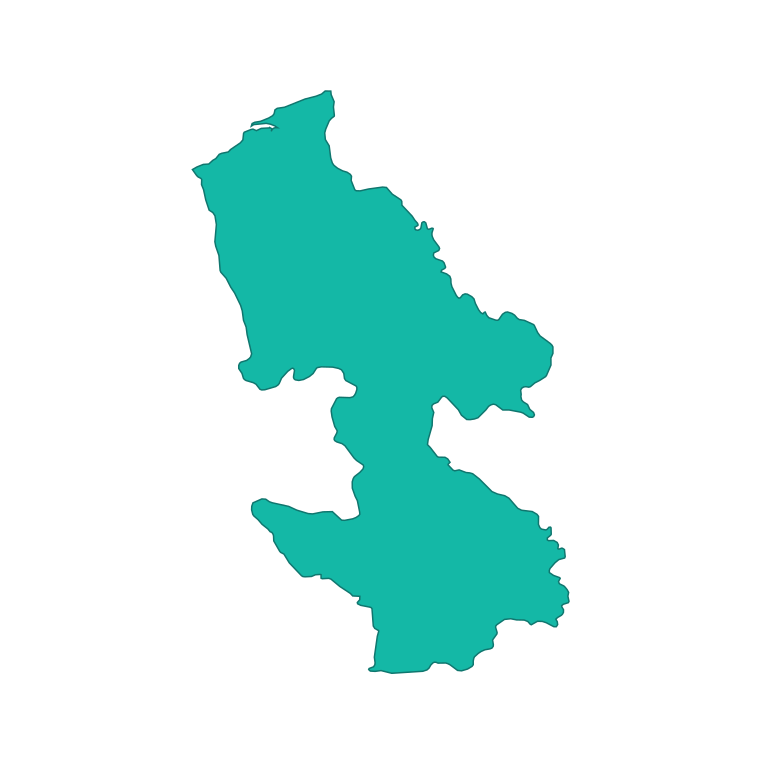 the border of Paraíba, rotated 248°
{"feature_id": "BRA-626", "entity_name": "Paraíba", "entity_type": "State", "adm_level": 1, "iso_a3": "BRA", "parent_name": "Brazil", "parent_adm1": "", "projection": "orthographic", "projection_center": [-36.992, -7.153], "detail": "fine", "context": "isolated", "style": "filled", "palette": "teal", "viewbox_px": 768, "rotation_deg": 248, "n_neighbors": 0, "source": "natural_earth", "source_scale": "10m", "svg_char_len": 6140}
<svg xmlns="http://www.w3.org/2000/svg" viewBox="0 0 768 768"><g transform="rotate(248 384 384)"><path d="M654.6,286.7L655.3,291.8L655.3,298.7L653.6,303.9L655.5,309.0L656.0,312.5L658.7,317.3L658.7,320.0L657.5,326.4L658.7,329.6L658.7,328.7L661.4,341.1L663.2,344.6L669.0,347.7L669.8,348.8L669.8,356.0L669.4,358.0L666.7,360.6L667.0,365.9L664.3,373.9L664.6,374.1L662.6,375.7L660.5,374.1L661.9,375.6L662.5,377.3L662.4,379.3L661.5,381.3L664.3,379.4L667.4,376.1L669.8,372.4L673.3,360.4L672.8,357.6L674.9,359.3L675.1,362.2L673.8,367.9L673.8,376.7L674.5,381.3L675.8,383.4L679.0,385.6L679.6,388.3L677.9,395.4L677.8,417.6L676.3,428.7L676.2,434.7L677.7,439.2L675.5,444.4L672.1,443.4L664.4,443.5L659.8,440.9L651.7,438.6L650.9,438.1L650.0,434.9L648.5,431.8L642.2,425.5L639.0,423.1L632.6,421.2L625.4,422.4L613.6,419.3L608.2,418.9L605.5,419.5L601.4,421.8L597.1,425.5L594.2,429.1L591.0,431.3L588.8,431.7L585.0,429.8L575.0,429.7L573.6,430.6L572.0,434.2L570.6,442.7L567.1,456.5L565.3,459.9L556.9,462.8L548.3,468.7L546.7,468.9L543.0,467.6L529.1,473.0L524.1,474.0L520.5,475.3L518.9,475.2L518.3,474.8L517.9,471.3L515.9,470.8L515.1,471.1L513.8,473.1L514.0,475.5L514.9,476.7L519.3,479.5L519.7,481.1L519.2,482.3L517.7,483.1L511.7,482.4L510.6,483.5L510.6,486.6L510.1,487.6L509.5,487.8L506.2,485.1L504.0,484.2L502.1,484.0L499.0,484.1L490.6,486.3L488.8,486.3L487.3,484.8L486.9,479.3L484.9,478.0L483.0,477.9L480.7,479.0L476.1,484.3L473.9,485.1L469.3,484.9L468.4,483.7L468.0,480.2L466.6,478.9L462.6,483.3L459.2,485.4L456.3,485.3L452.4,483.9L448.8,483.4L439.0,484.2L436.8,484.8L435.5,485.6L435.4,487.1L437.2,490.4L437.2,492.9L436.1,494.9L432.1,498.1L429.2,499.3L424.5,498.9L417.5,499.5L414.0,500.4L412.0,502.0L412.9,503.9L412.8,504.8L409.1,505.0L406.2,506.0L401.3,511.6L400.6,513.0L400.6,514.4L404.3,520.0L405.0,523.3L404.5,525.5L401.5,529.1L398.9,530.9L395.1,532.2L393.1,533.5L390.4,538.0L383.1,544.9L382.1,545.3L374.2,545.7L370.1,546.7L359.2,553.4L357.0,554.3L355.1,554.5L349.1,552.1L345.6,548.5L339.0,545.9L331.1,537.9L330.3,536.6L329.0,529.7L328.5,524.2L326.7,518.8L326.8,517.1L328.4,514.5L328.9,512.4L328.5,510.1L327.1,508.4L323.0,507.3L321.0,506.2L317.5,505.6L315.2,506.5L311.2,509.4L305.8,509.7L301.6,512.0L299.0,511.9L297.7,510.5L297.6,509.0L298.9,506.2L304.8,502.2L306.6,500.3L313.1,490.2L315.4,484.4L323.0,479.8L324.4,477.8L324.6,475.1L324.1,472.6L321.8,468.7L317.5,458.5L317.7,454.8L318.7,450.5L320.1,447.4L326.1,444.1L332.3,443.3L347.4,437.4L349.8,435.8L350.6,433.8L350.1,432.3L347.0,427.1L347.0,422.5L346.1,420.4L344.0,419.4L339.0,419.5L333.8,415.9L327.3,413.0L315.9,404.1L311.5,401.6L307.8,403.1L296.8,406.2L295.7,407.2L293.2,413.1L290.7,415.0L286.7,415.9L285.6,413.4L285.0,413.1L278.2,415.8L277.0,417.1L276.2,421.5L271.2,426.9L269.4,430.3L267.6,432.6L260.3,436.8L243.8,443.8L239.5,448.0L235.2,454.1L231.3,457.1L218.7,461.4L215.4,464.3L210.2,473.7L205.9,477.0L203.4,477.7L196.0,474.6L192.5,474.7L190.5,475.6L188.1,479.3L188.1,480.7L189.4,483.3L188.9,484.8L188.1,485.0L182.1,482.8L181.3,481.8L180.1,477.8L178.3,477.0L177.1,477.9L175.4,482.7L172.2,485.2L169.4,485.4L166.2,483.5L165.3,484.4L165.3,487.1L164.8,488.0L162.9,489.3L156.0,487.3L155.0,486.3L155.7,480.3L154.2,475.6L150.7,468.7L149.0,467.3L147.2,466.7L143.0,469.5L138.6,474.4L137.7,474.5L135.6,471.9L133.6,471.7L132.7,472.1L129.4,475.1L127.6,475.9L124.4,476.8L121.6,477.1L118.4,475.0L113.2,474.1L112.2,473.0L112.6,467.7L111.9,465.7L110.6,465.4L107.5,465.9L105.0,464.8L103.7,463.2L103.1,461.8L102.5,457.6L101.6,455.2L98.7,455.6L95.9,454.9L94.4,452.8L95.3,450.6L101.9,445.0L104.6,441.8L106.5,437.4L105.6,430.4L106.4,429.6L109.9,428.4L112.6,425.6L115.6,418.6L118.9,413.5L120.6,407.5L118.5,398.3L117.7,396.9L116.4,396.3L111.3,395.8L110.0,395.1L106.0,388.8L101.2,387.7L99.8,386.9L98.7,385.1L98.7,383.1L99.8,377.9L99.6,373.7L98.9,370.4L97.2,365.8L96.3,364.7L93.8,363.0L90.3,361.6L89.2,359.8L88.4,354.7L89.0,348.5L90.9,344.9L99.0,340.0L100.9,338.3L102.2,336.7L105.0,329.5L106.5,328.0L107.2,326.4L107.1,324.9L105.9,322.1L103.7,319.3L102.8,316.8L103.1,312.4L112.9,282.8L119.4,273.9L120.9,268.1L122.9,263.9L123.9,263.2L125.2,262.9L125.8,263.7L125.7,268.4L127.2,270.4L129.1,271.4L134.3,272.7L152.6,283.3L156.6,286.4L157.4,286.6L160.8,283.9L163.6,283.4L180.2,288.7L181.5,288.3L182.4,287.3L187.5,279.5L190.1,277.2L191.4,277.4L193.1,280.7L196.2,282.1L199.2,275.6L202.5,274.3L212.8,267.2L223.0,261.7L224.5,260.0L226.6,253.8L227.5,252.9L230.8,254.2L231.4,253.3L232.8,249.0L232.7,244.7L234.8,238.6L235.8,236.7L237.1,235.7L253.6,229.2L263.8,227.5L266.6,225.1L268.1,224.6L279.8,223.0L284.3,224.6L285.9,224.9L288.3,224.5L289.7,223.1L293.2,222.0L299.5,218.4L305.5,216.4L310.4,213.9L312.3,213.5L316.9,214.1L320.2,215.6L322.9,218.0L323.2,227.7L321.5,231.2L317.8,233.6L315.8,235.8L306.2,249.8L299.7,255.9L292.3,265.1L290.3,269.1L288.3,279.5L285.0,288.3L273.6,293.7L272.3,296.5L270.7,304.5L270.7,308.1L271.4,311.3L272.3,312.8L274.6,313.5L285.8,315.6L290.7,315.2L299.3,315.6L305.2,317.9L307.9,320.1L309.2,321.9L311.1,328.5L313.1,332.7L314.9,334.2L316.7,334.4L323.4,329.9L326.6,328.5L341.3,324.7L344.4,322.8L348.0,318.5L350.0,317.1L351.3,317.0L352.7,317.7L356.3,321.9L358.1,323.1L363.1,322.4L373.0,323.5L378.7,324.9L380.8,326.0L388.1,334.5L388.5,336.1L388.4,337.6L384.1,347.3L383.7,350.5L384.6,352.4L386.1,354.3L389.1,356.8L391.2,357.6L392.7,357.3L401.5,349.9L403.9,349.4L408.9,350.7L413.1,349.9L415.5,347.7L418.9,342.7L423.4,332.3L424.2,328.3L423.7,327.0L420.3,322.2L418.9,317.7L418.3,311.1L419.2,306.4L421.1,303.3L422.3,302.6L423.7,302.5L425.0,303.0L430.1,306.1L431.6,306.1L432.8,305.4L433.0,304.1L431.8,299.5L427.8,291.2L423.7,287.0L422.8,285.4L422.2,282.6L423.3,271.4L424.3,268.4L425.6,267.0L431.7,265.3L434.2,263.3L438.9,257.4L440.4,256.3L441.9,255.8L447.0,256.3L452.7,255.1L455.7,256.3L457.3,257.9L457.9,259.6L457.3,265.4L458.1,268.6L459.0,270.4L461.6,272.6L481.1,275.6L488.4,277.5L495.7,277.6L505.0,280.0L510.6,280.5L524.3,279.6L531.0,278.2L541.1,277.3L548.8,274.6L550.7,274.6L565.0,279.1L574.8,279.6L579.3,280.5L594.6,288.3L603.3,290.3L607.1,289.5L610.7,287.0L621.5,287.7L631.8,289.5L637.2,289.5L642.0,291.6L643.3,291.2L645.6,289.2L647.4,288.4L654.6,286.7Z" fill="#14b8a6" stroke="#0f766e" stroke-width="1.5"/></g></svg>